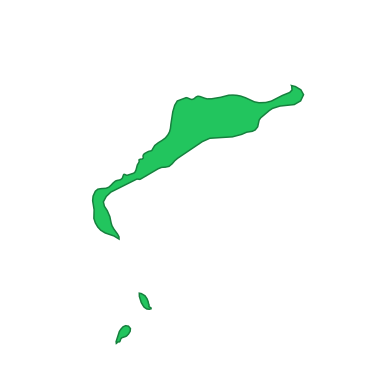 an SVG outline of Antique, rotated 236°
{"feature_id": "PHL-2526", "entity_name": "Antique", "entity_type": "Province", "adm_level": 1, "iso_a3": "PHL", "parent_name": "Philippines", "parent_adm1": "", "projection": "mercator", "projection_center": [121.948, 11.272], "detail": "fine", "context": "isolated", "style": "filled", "palette": "green", "viewbox_px": 384, "rotation_deg": 236, "n_neighbors": 0, "source": "natural_earth", "source_scale": "10m", "svg_char_len": 2134}
<svg xmlns="http://www.w3.org/2000/svg" viewBox="0 0 384 384"><g transform="rotate(236 192 192)"><path d="M224.6,334.0L221.6,336.7L215.8,339.4L210.3,338.9L206.8,333.0L207.3,325.7L214.1,312.9L216.3,305.4L216.3,301.5L215.1,290.5L214.1,287.9L209.3,282.9L208.1,279.1L208.6,275.9L211.0,270.8L212.0,265.4L215.1,256.4L226.6,236.8L228.0,228.7L228.0,199.0L227.6,195.3L226.5,191.3L226.1,187.3L227.5,183.8L229.4,180.6L230.2,176.9L231.5,156.4L231.9,155.4L232.8,154.6L233.6,153.3L237.3,124.7L236.3,118.5L233.4,113.0L229.2,111.4L223.9,111.3L217.5,110.1L211.7,107.7L208.8,106.8L205.1,106.5L198.7,106.7L195.7,106.4L193.8,105.2L199.2,102.7L206.6,97.1L211.2,95.0L215.6,94.3L220.4,94.6L225.0,95.9L232.0,100.9L240.4,104.8L243.9,107.7L246.7,112.3L247.0,115.5L245.6,118.6L243.2,122.7L242.5,125.7L242.9,128.7L243.6,131.7L243.9,134.7L243.5,136.3L242.8,137.9L242.2,139.5L242.3,141.6L242.8,142.5L244.4,144.6L244.7,145.2L244.3,146.0L242.5,147.1L242.0,147.9L240.3,153.9L240.2,155.4L241.5,157.8L245.0,161.8L246.3,164.6L247.0,165.4L247.9,165.8L248.4,166.3L248.0,167.7L247.5,168.5L247.2,169.1L247.2,169.6L247.4,170.5L247.9,170.9L248.7,171.2L249.6,171.9L250.2,172.9L250.4,174.2L250.1,177.6L249.8,179.2L249.2,180.5L248.9,181.9L249.8,183.7L251.4,187.1L251.7,191.5L251.5,196.0L251.7,200.2L252.9,204.1L254.5,207.1L256.8,209.7L260.1,212.5L269.3,221.0L273.6,226.2L275.7,230.7L273.5,239.9L272.5,240.9L269.7,242.7L268.7,243.7L268.2,245.5L268.5,248.7L268.1,250.5L266.6,252.1L262.5,255.1L260.7,256.7L258.3,260.4L254.5,268.7L251.7,276.6L249.5,280.1L247.0,283.3L244.3,286.0L240.3,289.0L231.9,294.1L228.5,297.5L224.9,303.3L223.0,308.6L221.5,321.0L219.9,328.6L220.6,331.9L224.0,333.9L224.6,334.0ZM117.0,53.8L118.1,56.5L118.8,59.5L118.3,62.2L116.3,64.3L113.2,64.6L111.1,62.8L109.8,60.0L109.2,57.2L109.4,55.9L110.4,52.3L109.9,50.5L108.8,49.3L108.3,48.2L109.2,46.4L108.8,45.1L108.8,44.6L110.4,45.4L117.0,53.8ZM128.7,88.1L134.9,90.0L137.6,91.7L136.1,93.2L132.3,95.0L128.5,95.0L125.5,94.3L123.7,93.5L122.8,93.4L122.0,93.0L121.2,92.2L120.5,92.4L119.0,93.2L118.1,92.8L118.6,91.1L120.3,89.1L123.3,87.9L125.0,87.9L128.7,88.1Z" fill="#22c55e" stroke="#15803d" stroke-width="1.5"/></g></svg>